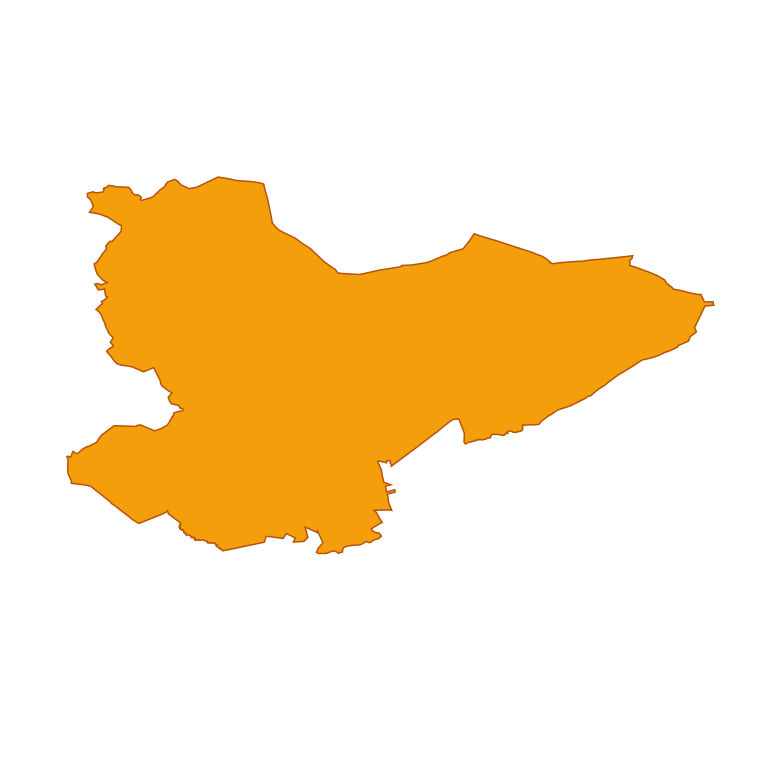 Izvaltas pag., Kraslavas, Latvia, rotated 7°
{"feature_id": "27541924B67653564082262", "entity_name": "Izvaltas pag.", "entity_type": "district", "adm_level": 2, "iso_a3": "LVA", "parent_name": "Latvia", "parent_adm1": "Kraslavas", "projection": "natural_earth1", "projection_center": [27.011, 55.966], "detail": "fine", "context": "isolated", "style": "filled", "palette": "amber", "viewbox_px": 768, "rotation_deg": 7, "n_neighbors": 0, "source": "geoboundaries", "source_scale": "gbopen_adm2", "svg_char_len": 6086}
<svg xmlns="http://www.w3.org/2000/svg" viewBox="0 0 768 768"><g transform="rotate(7 384 384)"><path d="M615.1,226.4L605.7,228.7L582.6,234.0L573.1,235.9L566.2,237.9L561.4,238.6L545.1,241.9L535.9,244.2L534.3,243.3L534.7,243.2L533.3,242.2L529.3,239.7L524.5,237.7L517.8,236.2L516.5,235.6L478.8,228.3L461.2,225.3L455.2,223.8L451.5,231.2L446.1,240.1L433.2,245.7L431.9,247.2L428.0,249.6L427.5,249.5L414.6,256.9L410.3,258.7L396.6,262.6L387.1,264.2L386.3,265.6L366.5,271.2L349.9,277.1L345.4,278.4L328.0,279.5L324.6,279.3L321.8,276.3L317.5,274.2L309.9,270.1L294.9,258.9L285.5,254.3L277.9,250.0L262.3,244.6L259.5,243.1L253.6,237.9L250.9,229.2L245.4,213.2L242.6,206.8L240.2,200.2L235.1,199.4L227.4,199.3L212.3,200.0L204.9,199.2L194.0,198.8L174.2,211.5L166.8,213.9L158.3,211.1L154.6,207.9L151.3,206.4L144.6,209.9L143.0,212.7L142.6,214.4L138.1,218.6L131.7,226.6L121.1,231.4L119.9,230.5L119.8,230.0L120.4,228.8L120.0,227.8L116.8,226.2L114.1,226.7L112.9,226.4L111.1,225.1L108.9,221.8L106.5,219.9L94.6,220.9L91.9,220.7L89.9,220.3L89.4,220.7L87.5,220.3L86.2,220.6L84.5,222.7L82.1,223.7L81.7,224.4L82.4,226.0L81.7,227.4L80.9,227.9L74.8,229.4L71.7,228.7L66.3,231.0L66.9,234.5L70.4,236.8L73.9,243.2L70.8,249.5L79.3,249.8L89.2,251.9L101.7,258.1L104.0,258.8L104.4,262.3L104.4,264.7L97.4,274.6L97.2,275.3L95.3,275.9L94.9,275.7L94.5,275.8L91.1,280.9L92.1,283.7L89.1,288.4L84.1,298.3L81.7,300.1L83.9,305.9L86.1,310.0L92.0,315.1L96.8,317.1L91.2,320.0L87.6,319.1L84.9,320.1L89.0,325.5L95.0,323.8L96.9,330.5L98.9,331.2L98.0,332.9L93.4,336.8L94.8,338.7L93.3,339.9L89.1,345.1L92.7,347.4L94.6,349.5L98.5,356.3L99.4,357.1L100.2,359.7L100.4,359.7L100.9,361.1L104.9,367.4L109.5,371.2L107.3,375.9L109.8,378.3L110.3,378.3L110.5,379.6L105.8,383.6L104.7,385.5L110.0,390.2L113.2,393.8L116.4,396.3L120.9,397.4L129.4,397.3L133.1,398.0L143.9,401.2L153.3,395.8L161.2,407.5L162.0,409.6L162.1,410.6L163.6,412.8L170.2,416.7L174.6,418.8L174.4,418.9L171.4,423.5L172.8,426.0L173.1,427.0L175.5,429.6L182.7,430.3L184.6,432.8L187.4,433.1L187.5,433.8L187.3,435.0L182.5,436.6L179.1,438.3L178.7,439.7L178.8,441.3L177.7,442.3L177.8,442.8L177.4,443.3L177.4,444.0L176.7,444.7L175.8,446.8L175.8,447.8L173.6,451.5L168.3,455.3L162.2,458.5L147.6,454.3L144.1,455.1L143.3,456.3L121.5,458.3L120.7,458.7L113.6,465.5L113.3,465.8L113.5,466.0L110.6,468.3L108.8,470.7L106.4,475.8L105.5,477.2L97.5,482.5L97.0,482.2L95.2,483.6L93.4,484.7L88.1,490.6L85.9,490.1L84.6,489.0L83.5,488.9L83.0,490.3L82.0,494.7L79.0,494.2L78.1,494.7L79.7,497.6L80.0,503.2L81.1,510.6L82.7,513.9L85.4,518.0L85.7,518.9L85.8,520.7L99.7,520.6L105.3,521.2L126.5,534.2L127.8,535.7L131.8,537.7L151.2,549.3L157.7,552.3L180.1,539.9L181.6,538.6L182.8,538.2L184.6,536.4L185.9,539.2L198.9,546.6L198.7,547.1L199.1,547.6L198.5,548.4L199.2,548.8L198.7,549.1L199.0,549.4L198.3,550.3L198.7,550.8L198.2,551.0L198.6,551.3L198.6,551.6L199.3,552.0L199.2,553.0L201.2,552.8L201.6,553.0L201.3,553.7L201.5,553.9L202.3,553.5L203.0,553.8L203.5,555.8L204.2,556.1L205.0,555.9L205.4,556.1L205.1,556.7L205.5,556.9L205.8,557.9L206.6,557.7L207.2,557.9L209.8,557.8L211.6,559.9L212.3,559.9L212.7,559.3L213.4,559.7L214.2,559.5L214.5,560.6L215.4,560.5L215.0,561.5L215.7,562.3L217.5,561.5L218.8,561.7L219.1,561.3L220.0,561.6L221.0,561.5L223.3,560.5L225.1,561.5L227.1,561.3L227.3,561.7L227.3,562.3L228.5,562.7L228.5,563.2L229.9,563.0L230.8,563.3L231.4,562.8L233.7,562.8L235.0,562.2L235.9,563.3L236.7,563.4L236.6,564.0L237.1,564.3L237.7,564.1L237.5,564.5L237.6,565.0L237.4,565.4L240.1,566.4L240.1,566.9L240.9,567.5L241.1,567.1L241.8,567.1L242.9,568.3L244.0,568.6L244.2,569.2L258.1,564.7L264.3,562.4L284.5,555.6L285.5,549.7L289.8,549.4L302.7,549.6L305.4,544.4L314.7,547.5L313.4,551.9L323.7,550.0L327.1,545.6L323.2,535.7L335.8,539.5L335.9,538.0L342.5,548.6L342.2,549.8L338.7,555.1L338.1,556.6L338.3,557.9L337.4,559.1L339.1,560.2L347.1,559.3L347.0,559.1L350.0,557.9L352.8,556.2L354.2,555.9L356.6,556.2L359.7,557.6L361.6,556.4L363.3,555.8L363.2,555.1L363.4,554.6L362.9,553.7L363.8,551.5L364.5,550.9L367.0,549.5L372.3,548.0L379.6,546.6L381.1,545.9L385.3,542.6L386.5,542.6L388.3,543.2L389.4,543.1L391.4,541.8L392.8,540.1L397.5,538.1L398.0,537.6L398.5,536.5L399.6,536.0L399.8,535.3L399.1,534.2L397.4,532.7L396.4,532.4L395.0,532.6L392.5,532.1L390.9,531.3L388.9,529.4L398.2,522.0L399.1,521.7L396.6,518.7L392.2,512.5L389.4,510.6L404.0,508.4L407.1,508.5L403.8,502.8L402.3,499.0L402.0,496.6L400.7,493.0L408.2,489.9L407.6,487.6L399.6,490.9L399.0,488.4L397.8,485.3L403.1,483.2L395.8,481.6L393.4,475.1L392.0,469.8L387.1,461.7L387.4,461.4L388.2,461.6L388.8,461.1L389.5,460.9L391.1,461.4L392.0,461.2L392.7,461.5L394.7,461.4L394.9,461.8L396.1,461.9L396.3,461.4L396.1,460.3L396.4,459.7L399.0,459.1L399.4,459.5L399.4,460.5L399.9,460.9L399.9,461.7L401.2,463.3L401.3,464.7L423.7,443.3L439.7,427.6L442.4,425.2L448.0,419.2L453.4,413.8L456.9,410.7L462.6,409.7L469.8,423.2L470.5,432.0L472.0,433.6L473.3,433.0L473.4,432.5L474.4,431.8L475.0,431.8L479.1,430.1L482.0,429.2L482.7,427.8L483.6,428.2L486.2,427.4L487.6,427.5L489.0,427.3L491.8,426.3L492.8,425.4L496.3,424.3L496.3,422.2L497.0,420.9L502.3,420.2L508.1,420.4L508.0,420.6L508.3,420.7L510.6,419.5L510.8,418.3L511.0,418.0L512.6,417.9L512.0,417.4L511.9,417.1L512.0,416.8L513.0,416.4L514.0,415.2L517.1,415.6L517.8,416.1L521.0,416.0L521.4,415.9L521.6,415.3L522.0,415.1L524.7,414.6L525.3,414.0L526.0,413.9L526.5,413.5L526.7,412.9L527.2,412.5L526.9,410.8L527.0,410.0L526.7,409.2L526.5,407.9L527.1,408.0L535.7,406.4L536.5,406.5L542.8,405.1L544.6,401.9L551.6,395.2L553.6,394.0L557.2,390.7L560.0,388.5L571.9,382.8L585.8,373.6L587.9,371.4L590.2,370.7L597.3,363.2L603.1,358.5L607.3,354.0L615.0,346.8L627.2,337.3L637.2,328.8L647.8,324.8L654.2,321.6L658.5,318.7L664.5,315.7L671.2,311.3L671.0,310.3L681.1,304.2L682.0,300.0L687.7,294.1L685.4,290.1L693.1,267.5L701.7,265.7L700.5,262.4L692.0,263.5L687.6,256.4L684.7,256.9L678.7,256.5L666.7,255.0L659.3,254.6L658.4,253.2L657.7,252.7L655.2,251.7L654.3,250.6L652.6,250.0L650.0,246.6L642.0,243.1L631.7,240.3L619.1,237.4L616.1,237.0L613.3,236.1L613.4,234.5L613.0,231.4L615.0,229.0L614.7,227.3L615.1,226.4Z" fill="#f59e0b" stroke="#b45309" stroke-width="1.5"/></g></svg>